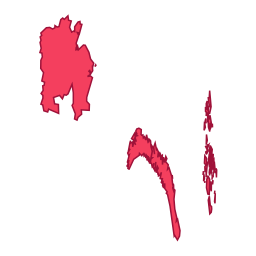 an SVG outline of Arkhangel'sk, rotated 91°
{"feature_id": "RUS-2354", "entity_name": "Arkhangel'sk", "entity_type": "Region", "adm_level": 1, "iso_a3": "RUS", "parent_name": "Russia", "parent_adm1": "", "projection": "natural_earth1", "projection_center": [52.194, 71.252], "detail": "fine", "context": "isolated", "style": "filled", "palette": "rose", "viewbox_px": 256, "rotation_deg": 91, "n_neighbors": 0, "source": "natural_earth", "source_scale": "10m", "svg_char_len": 5826}
<svg xmlns="http://www.w3.org/2000/svg" viewBox="0 0 256 256"><g transform="rotate(91 128 128)"><path d="M22.0,186.6L28.3,188.2L33.1,186.0L32.0,184.1L32.5,183.0L27.7,183.1L22.9,179.8L22.3,177.9L24.9,177.6L25.2,175.9L35.9,178.6L33.6,179.2L33.4,180.4L36.3,178.9L44.0,181.3L46.6,180.8L45.6,180.9L46.1,180.1L48.4,181.2L50.7,181.4L50.1,179.6L50.9,179.2L45.8,174.0L46.0,172.2L53.0,168.4L59.7,166.6L63.8,163.4L66.9,164.2L66.1,164.7L71.4,164.3L74.0,166.0L71.1,167.3L71.5,167.8L72.6,168.4L71.7,167.5L75.0,166.5L77.2,169.4L76.7,166.3L78.3,164.4L98.0,169.8L102.0,169.8L105.0,167.0L111.0,167.1L110.7,175.0L115.0,174.6L118.2,178.2L121.0,179.1L119.9,181.6L114.8,180.9L106.4,184.3L104.3,183.1L93.7,183.3L85.2,184.7L95.0,188.6L96.3,190.4L95.7,192.4L100.0,194.1L96.6,197.0L98.8,203.0L105.1,201.8L105.7,198.0L114.6,197.6L110.5,207.7L113.4,208.6L112.3,212.4L106.4,213.7L105.7,215.5L99.6,213.6L96.9,213.7L95.0,215.5L91.9,213.5L87.3,214.0L86.7,212.6L83.7,212.2L82.5,215.0L74.1,213.4L70.0,216.3L61.8,216.3L58.5,214.9L54.6,215.4L54.1,217.4L49.9,216.2L44.0,217.4L41.8,216.5L38.4,217.4L36.9,215.9L34.6,216.8L29.2,211.4L28.8,208.1L30.3,205.1L29.1,202.9L26.9,202.8L28.3,200.6L27.8,198.8L20.8,197.1L19.2,195.2L20.5,193.6L16.9,190.0L21.3,189.3L22.0,186.6ZM164.0,92.9L156.5,92.0L161.9,90.8L155.8,89.7L158.0,88.6L160.9,89.8L164.1,87.1L168.6,87.7L167.0,86.3L175.9,83.3L184.9,82.2L182.9,81.8L184.3,81.4L187.9,81.3L185.6,82.2L187.3,82.2L189.8,81.3L188.3,81.0L189.3,80.0L198.4,80.8L208.3,79.8L216.9,77.7L220.2,78.0L218.5,76.8L229.7,74.2L235.2,74.6L239.1,76.6L234.2,79.7L234.9,80.0L205.4,84.6L193.8,87.3L192.5,88.6L191.2,87.7L187.8,90.2L182.7,90.3L187.6,91.0L184.5,91.6L185.7,92.1L185.1,92.4L180.1,92.0L182.5,93.0L181.8,93.8L177.5,92.5L178.8,93.3L177.5,93.3L178.4,93.6L178.0,95.0L171.7,93.8L174.7,95.1L175.4,96.7L172.6,96.8L174.1,97.4L171.8,97.4L171.6,98.8L167.7,97.1L165.9,98.0L170.2,99.3L169.6,99.5L170.5,100.3L169.2,100.9L166.9,99.9L161.4,99.6L166.6,100.1L168.4,101.4L166.7,102.4L162.7,101.3L166.1,103.2L162.9,104.0L162.8,105.0L158.8,104.6L157.4,103.2L157.5,104.4L150.8,103.2L146.6,104.3L145.2,103.9L148.4,101.9L153.7,101.0L146.7,102.0L142.5,100.6L150.1,98.9L148.7,98.5L151.4,97.2L156.9,97.8L151.8,96.4L156.1,96.2L152.8,95.5L153.8,95.0L159.5,94.6L155.5,94.3L154.6,93.2L164.0,92.9ZM128.0,117.1L129.3,114.7L134.3,114.8L135.1,114.1L134.6,113.0L137.6,112.5L136.4,111.4L139.1,110.4L136.9,110.1L139.9,110.0L134.4,109.3L140.9,107.9L139.4,107.3L140.9,106.9L139.2,106.2L140.5,105.2L146.2,104.7L151.0,103.4L160.8,105.1L161.8,105.9L156.8,106.5L161.1,106.6L160.5,107.0L155.6,107.3L159.7,107.2L159.5,108.5L154.7,108.6L157.8,109.8L155.6,109.6L156.3,110.1L155.7,110.9L153.4,110.5L155.1,111.5L152.4,111.7L154.7,111.8L154.1,112.9L155.5,113.8L153.2,116.1L155.1,116.3L159.2,121.8L169.6,126.4L168.2,126.3L168.9,126.6L168.4,127.4L163.6,126.6L167.3,127.8L160.0,126.6L163.0,127.6L162.1,128.0L154.6,126.2L155.1,127.0L153.0,127.9L148.7,125.5L150.4,127.1L142.2,125.7L140.6,125.2L143.3,125.4L141.9,123.2L146.8,123.0L141.5,121.8L144.8,120.1L141.3,121.4L140.2,120.1L141.5,119.4L137.7,120.7L135.9,120.0L135.5,118.6L134.6,120.0L133.7,119.0L132.8,119.4L133.7,120.0L130.8,120.1L128.8,119.2L128.0,117.1ZM130.1,46.2L125.7,47.6L118.0,48.0L118.9,48.5L113.0,48.6L111.7,49.3L114.6,50.1L111.1,49.9L110.1,50.8L105.6,50.9L108.4,49.9L102.4,50.2L99.6,49.3L108.7,49.1L105.7,48.5L109.4,48.4L104.2,48.2L115.1,47.7L118.1,46.3L113.8,46.2L121.5,44.8L122.7,44.9L120.0,45.2L125.2,44.9L126.3,45.3L121.5,46.1L130.1,46.2ZM193.2,45.6L192.7,47.0L186.4,48.5L177.9,48.3L175.5,47.6L176.2,47.3L175.3,46.7L178.0,45.4L193.2,45.6ZM194.8,45.5L203.8,44.4L205.1,43.1L207.6,42.9L210.8,43.3L212.4,44.7L198.7,46.5L194.8,45.5ZM104.6,47.2L96.4,48.3L96.3,47.3L89.2,47.0L105.3,45.3L112.6,46.7L106.6,45.9L103.9,46.7L104.6,47.2ZM165.4,50.5L161.7,48.0L175.8,49.1L170.5,49.1L168.6,49.5L170.7,50.2L165.4,50.5ZM152.2,44.5L146.4,44.2L147.9,43.4L156.0,44.0L166.2,45.7L162.3,46.5L159.9,45.6L152.2,44.5ZM154.4,50.7L156.9,48.9L162.2,48.8L163.1,50.0L161.9,51.0L154.4,50.7ZM153.7,42.9L152.4,42.3L159.0,42.5L157.7,41.6L160.1,41.5L167.1,42.2L153.7,42.9ZM143.3,49.5L133.1,49.4L138.9,48.5L143.3,49.5ZM179.9,44.3L183.3,43.6L189.8,43.6L185.7,44.8L179.9,44.3ZM163.9,45.0L161.2,44.2L156.4,43.7L169.5,44.8L163.9,45.0ZM171.0,41.4L160.1,41.1L166.3,40.4L171.0,41.4ZM155.9,45.7L149.2,46.3L143.9,45.6L155.9,45.7ZM140.1,122.2L138.6,124.3L133.3,121.4L136.8,120.6L140.1,122.2ZM175.9,38.7L166.8,39.4L168.3,38.6L175.9,38.7ZM158.0,46.9L152.6,46.3L161.6,46.4L158.0,46.9ZM179.9,51.5L172.9,51.3L177.5,50.6L179.9,51.5ZM199.9,40.2L191.7,39.6L201.8,39.7L199.9,40.2ZM171.2,46.0L166.8,45.6L174.0,45.5L171.2,46.0ZM126.0,50.7L129.0,51.9L120.2,51.6L126.0,50.7ZM171.7,44.0L170.0,44.7L166.8,44.0L168.2,43.5L171.7,44.0ZM122.0,50.1L119.2,50.9L117.1,50.3L122.0,50.1ZM142.8,48.0L143.9,47.6L143.3,47.0L146.8,48.0L142.8,48.0ZM173.9,42.3L170.4,42.0L175.9,42.0L173.9,42.3ZM161.7,43.1L167.0,42.6L168.2,42.8L161.7,43.1ZM122.9,43.8L122.2,43.7L125.9,43.5L122.3,44.1L122.9,43.8ZM50.2,180.7L48.5,181.1L47.5,180.4L45.9,180.1L48.5,179.8L49.3,180.5L50.2,180.7ZM153.1,49.1L151.5,49.8L149.7,49.6L151.8,49.0L153.1,49.1ZM147.8,48.0L148.7,48.6L146.4,48.6L147.8,48.0ZM146.5,49.4L145.1,50.1L144.7,49.5L145.2,49.2L146.5,49.4ZM50.0,180.4L47.5,179.4L49.6,179.3L50.0,180.4ZM182.9,42.4L182.2,42.6L178.6,42.3L179.7,42.1L182.9,42.4ZM149.9,48.2L147.8,47.8L150.5,47.9L149.9,48.2ZM172.0,51.6L173.6,52.2L169.8,51.9L172.0,51.6ZM189.1,40.1L192.0,40.2L192.4,40.4L189.1,40.1ZM66.0,161.2L67.1,162.2L65.5,161.4L66.0,161.2ZM174.2,42.8L178.2,43.1L173.6,42.9L174.2,42.8ZM170.4,40.3L169.2,40.2L171.7,40.0L170.4,40.3ZM174.7,82.9L178.0,82.5L174.4,83.1L174.7,82.9ZM164.3,127.4L166.8,128.1L165.8,128.3L164.3,127.4ZM150.0,48.4L151.5,48.3L151.7,48.5L150.8,48.7L150.0,48.4ZM180.6,50.1L181.5,50.4L179.6,50.2L180.6,50.1ZM140.1,121.0L141.2,121.6L139.6,121.0L140.1,121.0Z" fill="#f43f5e" stroke="#9f1239" stroke-width="1.5"/></g></svg>